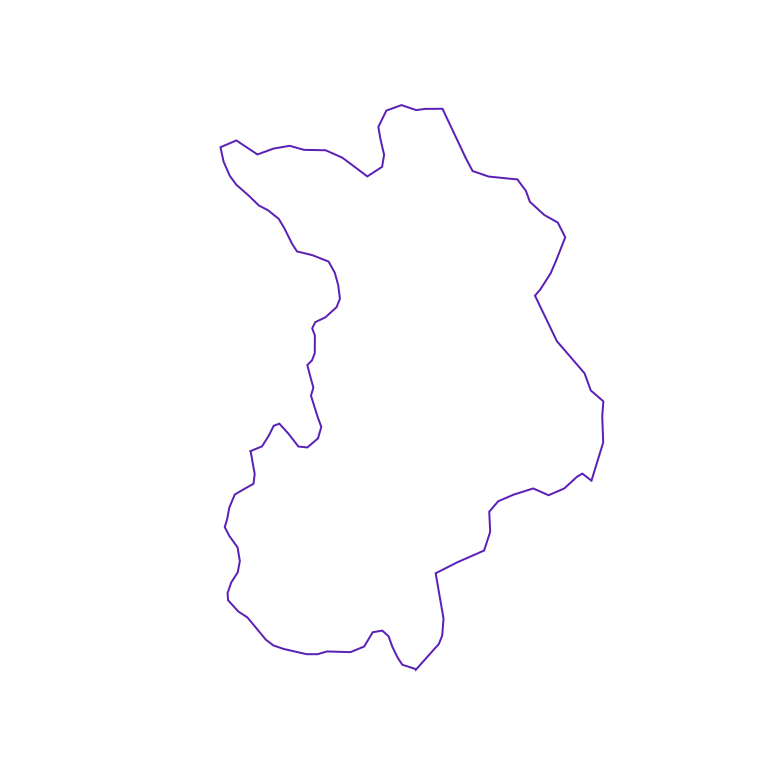 the district of Pyeongchang-gun, Gangwon, South Korea, rotated 160°
{"feature_id": "91817680B93219729656421", "entity_name": "Pyeongchang-gun", "entity_type": "district", "adm_level": 2, "iso_a3": "KOR", "parent_name": "South Korea", "parent_adm1": "Gangwon", "projection": "robinson", "projection_center": [128.515, 37.533], "detail": "fine", "context": "isolated", "style": "outline", "palette": "violet", "viewbox_px": 768, "rotation_deg": 160, "n_neighbors": 0, "source": "geoboundaries", "source_scale": "gbopen_adm2", "svg_char_len": 1702}
<svg xmlns="http://www.w3.org/2000/svg" viewBox="0 0 768 768"><g transform="rotate(160 384 384)"><path d="M451.8,104.6L421.3,121.0L415.3,127.8L408.3,143.2L400.2,188.5L376.1,191.4L346.9,193.3L334.8,208.7L328.8,228.0L316.7,234.8L299.6,235.7L279.5,234.8L267.4,223.2L250.3,224.2L234.2,230.9L228.2,231.9L222.1,222.2L214.1,232.8L198.0,254.1L189.9,279.2L183.8,292.7L185.1,295.0L191.9,307.2L191.9,325.5L206.9,365.1L211.9,415.4L204.9,419.3L189.7,430.9L179.7,441.5L163.5,459.9L165.5,476.3L175.6,488.0L184.6,505.4L184.6,517.0L187.4,526.2L188.6,530.6L198.7,535.4L214.8,543.2L227.9,553.8L229.9,568.3L234.9,622.6L251.1,628.4L260.1,630.4L272.2,640.1L288.3,640.1L301.4,627.5L303.5,615.8L305.5,599.4L311.5,588.7L328.7,584.8L345.8,611.0L358.9,623.6L379.1,631.4L391.2,640.1L407.3,643.0L424.4,643.0L439.5,663.4L456.7,662.4L458.7,647.8L457.7,632.3L454.6,621.7L446.6,607.1L440.5,594.5L433.5,586.8L426.4,575.1L424.4,564.5L422.4,547.0L420.4,538.3L407.3,529.6L394.2,518.0L392.2,505.4L393.2,492.8L396.2,479.3L402.2,472.5L416.3,466.7L427.4,465.7L432.4,460.9L432.4,453.1L438.5,436.7L443.5,430.9L449.6,428.0L450.6,417.3L451.6,404.8L456.6,398.0L457.6,375.8L457.6,365.1L464.6,355.5L477.7,350.6L485.8,354.5L490.8,370.0L495.9,382.5L501.9,382.5L510.0,374.8L520.0,367.1L532.6,366.6L532.4,365.9L536.3,343.6L540.8,334.9L551.7,333.1L562.0,331.2L571.7,320.7L577.5,310.8L582.6,304.0L581.3,294.1L577.5,280.6L580.0,267.0L585.8,257.1L595.5,249.7L602.5,241.0L604.5,234.2L598.7,220.0L592.2,211.4L582.5,184.2L577.4,176.2L569.0,169.4L549.0,156.5L538.7,152.8L529.1,152.2L507.2,143.5L492.4,144.1L479.5,154.6L469.9,152.8L466.0,145.4L466.0,133.7L464.7,121.9L462.8,113.9L451.8,105.3L451.8,104.6Z" fill="none" stroke="#5b21b6" stroke-width="2"/></g></svg>